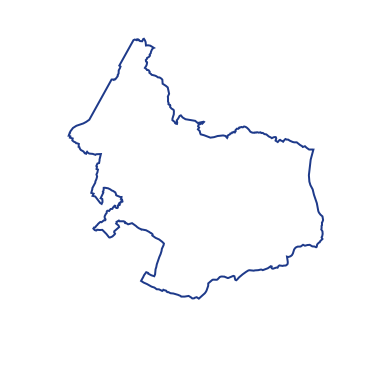 outline of Ban Lat, Phetchaburi, Thailand, rotated 213°
{"feature_id": "78962969B76401698966785", "entity_name": "Ban Lat", "entity_type": "district", "adm_level": 2, "iso_a3": "THA", "parent_name": "Thailand", "parent_adm1": "Phetchaburi", "projection": "robinson", "projection_center": [99.878, 13.053], "detail": "fine", "context": "isolated", "style": "outline", "palette": "blue", "viewbox_px": 384, "rotation_deg": 213, "n_neighbors": 0, "source": "geoboundaries", "source_scale": "gbopen_adm2", "svg_char_len": 6070}
<svg xmlns="http://www.w3.org/2000/svg" viewBox="0 0 384 384"><g transform="rotate(213 192 192)"><path d="M186.3,89.7L183.2,89.7L179.5,90.3L174.4,90.6L171.4,91.4L168.7,91.2L166.6,92.4L163.1,92.8L162.8,93.5L162.8,94.4L161.5,94.6L160.3,95.1L159.7,95.1L159.0,94.6L157.9,94.7L157.3,95.2L154.9,95.4L152.4,96.7L147.8,98.1L145.0,98.6L144.1,98.4L141.4,100.1L138.2,103.0L135.7,103.1L133.8,102.9L132.4,103.9L132.0,104.9L130.8,106.3L128.2,106.3L126.1,114.0L126.0,115.7L126.1,117.2L127.3,122.1L128.6,124.2L127.2,129.0L126.7,129.9L123.4,131.9L123.0,132.5L122.4,135.8L121.5,137.0L118.9,138.6L115.2,139.3L114.7,139.7L111.7,144.1L111.3,144.3L110.5,144.4L108.1,142.1L107.6,141.9L106.8,142.1L106.4,143.5L106.1,145.8L104.7,150.5L103.1,154.6L102.0,156.9L101.2,157.7L97.3,159.7L96.6,160.5L93.9,162.5L92.2,164.3L91.4,164.8L90.1,165.0L86.9,169.3L85.5,172.7L84.6,172.9L84.2,171.8L83.5,171.5L82.9,171.5L82.2,171.9L80.0,174.7L79.0,175.1L79.1,177.0L78.7,178.0L75.7,179.4L74.9,180.3L73.3,181.4L72.6,183.3L73.0,184.6L74.0,186.0L77.1,189.5L76.0,189.8L75.6,190.2L74.4,191.7L73.8,193.4L73.9,195.4L75.0,199.3L75.0,200.8L74.6,202.3L73.6,203.8L71.2,205.4L70.1,208.2L68.0,208.5L66.3,210.4L64.5,211.8L61.5,211.9L59.6,213.0L58.0,213.2L57.6,213.5L57.6,214.1L58.4,216.0L58.4,216.7L58.0,218.7L57.5,219.4L57.7,220.5L57.0,223.7L58.5,224.4L58.7,225.0L58.7,225.8L59.6,228.0L61.2,230.1L63.2,231.0L63.6,232.2L64.9,234.2L64.9,235.0L66.4,237.2L66.3,237.9L66.8,239.9L69.3,242.6L72.0,243.0L74.4,243.9L75.7,244.8L81.2,250.6L88.2,256.1L92.2,259.9L96.5,262.3L99.2,264.6L103.1,269.7L110.1,283.8L113.3,293.7L116.9,291.4L119.9,291.5L122.2,291.9L123.6,290.1L124.6,290.4L127.1,290.3L131.2,290.7L133.4,289.3L134.8,288.8L137.8,288.3L139.9,288.3L141.1,287.5L142.4,287.4L142.6,287.0L142.8,286.0L143.0,283.8L144.1,283.9L145.3,283.6L146.5,283.7L146.9,283.2L147.3,280.6L149.9,280.6L150.6,282.9L151.5,283.6L152.2,283.4L153.4,282.3L154.4,280.6L155.7,280.7L157.8,280.4L161.0,280.8L162.8,280.0L164.8,280.1L166.0,279.2L167.0,279.4L168.4,278.1L169.7,277.7L170.5,277.1L170.6,276.7L171.6,276.3L171.7,275.8L173.6,274.7L174.9,274.4L176.1,274.4L178.3,275.3L180.7,275.8L182.4,275.8L183.8,275.4L184.1,275.2L184.6,273.9L185.9,273.5L186.3,272.8L186.8,272.6L187.5,271.7L187.2,271.4L187.6,270.2L188.8,269.6L189.2,267.7L188.9,266.9L188.5,266.7L188.5,265.3L189.6,265.3L190.1,264.2L190.7,264.0L190.7,262.9L191.7,262.0L191.6,261.0L192.6,259.3L192.8,258.4L192.8,257.7L192.1,257.5L192.0,256.5L194.5,257.2L196.7,256.4L201.0,252.9L203.4,250.0L206.2,247.6L212.7,246.2L216.1,245.1L217.4,246.0L218.7,247.3L221.2,247.8L221.1,249.9L222.7,250.4L223.1,251.9L222.1,253.4L221.6,254.7L220.6,254.8L220.1,257.3L220.5,257.3L224.8,253.0L228.1,253.4L237.1,249.5L240.4,249.4L243.1,250.2L243.8,249.1L243.6,245.8L243.8,243.8L242.1,242.0L241.7,240.9L242.9,240.5L243.7,240.6L243.9,241.2L247.6,241.6L248.4,243.0L249.6,247.3L251.3,250.1L252.3,250.9L254.6,250.8L256.7,251.4L257.2,252.6L257.9,253.1L258.7,252.7L259.7,252.9L260.0,253.9L261.3,254.7L263.3,257.8L264.2,258.8L264.7,261.9L269.3,266.5L271.7,266.8L275.6,266.8L278.0,270.0L279.3,270.4L281.6,270.4L282.9,269.6L284.9,269.7L286.6,269.4L289.7,268.3L290.5,268.6L292.7,268.8L293.1,269.9L294.8,270.5L296.2,269.8L296.9,270.2L299.1,270.4L299.1,272.8L299.3,274.0L300.1,276.0L300.5,276.4L301.6,276.4L302.6,277.5L302.3,279.1L302.7,280.1L301.8,281.5L301.5,283.4L302.3,284.0L302.2,286.0L302.7,287.0L303.2,289.8L302.9,291.5L302.5,292.1L306.7,292.0L308.8,291.1L310.4,289.8L312.6,292.5L314.0,293.5L315.8,294.3L316.2,293.7L315.9,291.3L317.7,290.3L319.3,290.3L319.5,290.7L320.5,290.6L320.6,290.0L321.2,289.9L321.1,289.2L323.0,288.7L323.8,287.5L321.8,258.4L320.3,258.3L319.9,256.7L319.7,254.1L318.1,251.4L318.0,249.5L317.5,249.1L317.4,248.5L317.7,244.7L318.5,244.3L318.6,243.4L319.6,243.3L320.7,242.5L317.5,196.7L318.9,193.2L320.5,190.3L325.0,184.6L326.7,180.9L327.0,176.8L326.8,175.1L326.5,175.0L326.5,173.6L326.1,172.1L325.5,172.5L325.3,172.3L324.3,172.4L324.0,171.1L321.2,171.9L320.5,170.1L319.2,169.9L317.8,169.9L316.7,170.2L315.8,169.8L314.8,170.3L313.1,170.7L311.7,168.1L310.9,168.3L309.7,167.3L308.1,166.7L305.1,166.9L303.0,166.1L301.7,166.4L302.0,167.5L301.9,168.6L300.6,168.2L299.1,168.3L296.0,169.9L293.2,170.6L293.0,171.3L292.5,171.8L289.1,174.2L287.2,168.8L286.8,168.3L285.7,165.7L286.8,164.4L286.4,161.7L285.5,161.5L284.6,159.3L283.1,159.6L282.0,156.9L281.7,154.7L280.0,153.3L279.2,150.8L278.8,148.3L278.2,147.1L277.7,141.0L277.2,140.2L276.0,136.4L273.6,137.0L273.3,134.6L270.8,135.5L270.3,135.4L263.0,132.8L261.3,132.8L261.6,134.8L262.6,136.3L263.5,137.3L265.2,137.0L266.0,143.0L266.2,143.5L266.9,143.6L267.1,145.3L268.3,147.4L267.4,148.1L264.4,149.4L262.0,149.7L260.1,149.6L258.7,149.9L256.1,149.9L254.2,148.5L254.0,148.1L253.4,148.0L249.2,148.8L248.4,149.4L247.9,148.5L247.8,147.4L246.5,147.5L245.1,146.1L245.3,145.7L246.3,145.5L246.1,144.2L246.8,143.7L246.9,143.4L246.8,142.1L245.9,142.4L245.6,142.0L245.7,141.5L246.6,140.8L246.7,140.3L245.7,138.5L246.0,137.8L246.7,137.4L248.3,137.6L248.8,138.6L249.4,138.4L249.8,135.9L249.6,134.5L251.0,133.4L251.2,130.9L252.3,130.6L252.8,130.1L252.9,129.3L252.1,127.8L252.3,126.5L252.0,124.0L251.1,122.7L249.8,122.1L249.4,121.6L249.5,120.9L250.5,120.2L251.4,117.4L252.5,117.0L252.8,116.4L253.4,114.1L253.5,112.5L253.8,111.7L253.9,109.6L254.8,108.9L254.8,107.6L252.9,107.1L251.9,107.3L251.2,107.7L251.0,108.7L248.6,109.9L246.6,111.4L241.0,110.2L236.9,108.8L236.4,108.9L235.8,109.4L234.5,111.4L233.8,114.3L233.8,115.1L235.3,115.8L235.8,116.7L234.0,122.9L235.4,123.9L238.4,124.2L238.4,125.2L239.0,125.8L237.8,128.2L237.0,127.9L233.4,130.2L232.1,130.4L231.9,130.0L231.0,130.1L230.9,129.6L229.6,130.1L228.0,130.1L225.3,133.2L220.5,133.0L218.7,132.7L216.4,132.7L214.3,133.1L213.9,132.9L213.6,133.3L209.7,134.9L206.1,135.2L204.2,135.1L203.8,135.3L202.2,135.1L201.8,134.8L201.6,133.9L197.6,133.7L193.7,134.3L189.9,134.0L187.5,133.5L186.9,132.0L186.3,127.9L185.4,125.9L184.5,122.7L184.0,119.7L182.1,112.1L181.0,109.4L180.5,107.4L178.1,102.8L177.8,100.8L180.8,100.0L184.3,99.7L184.6,100.2L185.0,100.2L186.7,99.8L186.9,96.2L186.6,94.1L186.3,89.7Z" fill="none" stroke="#1e3a8a" stroke-width="2"/></g></svg>